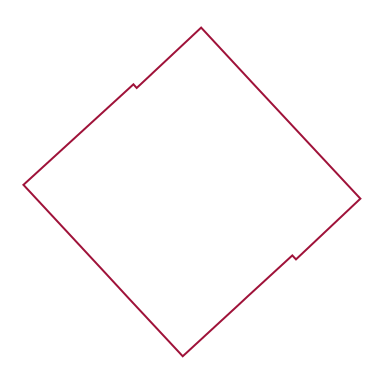 Anderson, Kansas, United States of America (orthographic projection), rotated 47°
{"feature_id": "52423323B39153241974735", "entity_name": "Anderson", "entity_type": "district", "adm_level": 2, "iso_a3": "USA", "parent_name": "United States of America", "parent_adm1": "Kansas", "projection": "orthographic", "projection_center": [-95.278, 38.214], "detail": "fine", "context": "isolated", "style": "outline", "palette": "rose", "viewbox_px": 384, "rotation_deg": 47, "n_neighbors": 0, "source": "geoboundaries", "source_scale": "gbopen_adm2", "svg_char_len": 325}
<svg xmlns="http://www.w3.org/2000/svg" viewBox="0 0 384 384"><g transform="rotate(47 192 192)"><path d="M71.8,310.4L188.4,310.6L227.8,310.8L305.8,310.8L306.3,232.3L306.3,222.8L306.8,161.9L312.2,161.9L311.7,73.4L156.2,73.4L78.0,73.2L78.2,161.5L73.3,161.4L71.8,310.4Z" fill="none" stroke="#9f1239" stroke-width="2"/></g></svg>